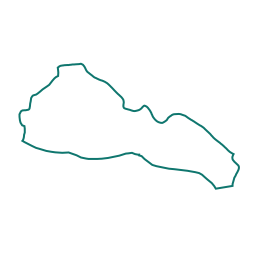 the district of Fond Dor/Dugard, Micoud, Saint Lucia, rotated 175°
{"feature_id": "8701671B74099385302774", "entity_name": "Fond Dor/Dugard", "entity_type": "district", "adm_level": 2, "iso_a3": "LCA", "parent_name": "Saint Lucia", "parent_adm1": "Micoud", "projection": "robinson", "projection_center": [-60.922, 13.811], "detail": "fine", "context": "isolated", "style": "outline", "palette": "teal", "viewbox_px": 256, "rotation_deg": 175, "n_neighbors": 0, "source": "geoboundaries", "source_scale": "gbopen_adm2", "svg_char_len": 5899}
<svg xmlns="http://www.w3.org/2000/svg" viewBox="0 0 256 256"><g transform="rotate(175 128 128)"><path d="M25.1,92.8L26.2,93.5L27.2,94.2L27.5,94.4L27.8,94.7L28.5,95.2L28.9,95.5L29.2,95.9L29.6,96.3L29.9,96.6L30.2,96.9L30.6,97.4L30.9,97.8L32.2,99.4L33.1,100.3L33.6,100.9L33.8,101.2L34.1,101.5L34.5,101.9L35.2,102.7L35.8,103.3L36.1,103.6L36.7,104.1L37.1,104.5L37.9,105.4L38.5,105.9L38.9,106.2L39.6,106.9L40.1,107.3L40.4,107.6L41.7,108.8L42.3,109.4L42.8,109.9L43.4,110.6L43.8,111.0L44.7,112.3L45.5,113.2L46.0,114.0L46.3,114.4L46.6,114.8L46.8,115.1L47.1,115.4L48.0,116.4L48.4,116.9L48.8,117.3L49.3,117.8L49.6,118.2L50.6,119.3L51.5,120.3L51.7,120.6L52.0,120.9L52.3,121.3L53.1,122.1L53.4,122.3L54.0,122.8L54.3,123.1L54.8,123.5L55.2,123.8L55.7,124.1L56.1,124.3L57.0,125.0L57.6,125.5L57.9,125.7L58.2,125.9L58.6,126.2L58.9,126.5L59.6,127.0L59.9,127.3L60.2,127.5L60.7,127.9L61.3,128.4L61.5,128.6L62.4,129.2L63.0,129.7L63.3,129.9L63.5,130.1L64.2,130.5L64.6,130.8L64.9,131.0L65.3,131.4L65.8,131.7L66.5,132.3L66.8,132.5L67.2,132.8L67.6,133.2L68.0,133.5L68.3,133.8L68.8,134.2L69.2,134.6L69.5,134.8L69.9,135.1L70.2,135.3L70.6,135.5L71.0,135.6L71.3,135.8L72.8,136.4L73.1,136.6L73.4,136.7L73.7,136.9L74.0,137.0L74.6,137.2L74.9,137.3L75.3,137.4L76.0,137.5L76.4,137.6L77.1,137.6L80.7,137.7L81.1,137.7L81.4,137.6L81.8,137.6L82.2,137.4L82.6,137.3L83.3,137.0L83.6,136.8L83.9,136.6L84.2,136.4L85.2,135.9L85.8,135.5L86.2,135.2L86.6,135.0L86.8,134.8L87.2,134.5L87.5,134.1L87.8,133.7L88.1,133.3L88.3,133.0L88.5,132.7L88.9,132.4L89.3,132.1L89.6,131.9L90.5,131.4L90.8,131.2L91.2,131.0L91.6,130.8L92.1,130.6L92.5,130.4L93.0,130.2L93.4,130.1L93.9,130.2L94.4,130.2L94.8,130.3L95.2,130.4L95.6,130.6L96.0,130.7L96.4,130.9L96.9,131.1L97.3,131.3L97.6,131.5L98.0,131.8L98.3,132.0L98.7,132.3L99.0,132.6L99.4,133.0L99.8,133.5L100.0,133.7L100.3,134.0L100.5,134.3L101.0,135.0L101.2,135.4L101.7,136.1L102.0,136.7L102.2,137.0L102.4,137.7L102.6,138.0L102.7,138.5L102.9,139.2L103.1,139.5L103.4,140.5L103.5,140.9L103.6,141.3L103.8,141.6L103.9,141.9L104.1,142.3L104.2,142.7L104.5,143.1L104.8,143.8L105.1,144.3L105.7,145.2L106.1,145.9L106.3,146.2L106.5,146.5L106.8,146.8L107.1,147.2L107.4,147.5L107.6,147.7L107.9,147.9L108.3,148.1L108.5,148.3L108.8,148.4L109.1,148.6L109.5,148.8L109.8,148.8L110.2,148.7L110.5,148.5L110.7,148.3L111.0,148.1L111.4,147.9L111.7,147.6L112.3,147.0L112.5,146.8L112.9,146.4L113.2,146.2L113.5,146.0L113.8,145.8L114.1,145.6L114.5,145.4L115.1,145.1L115.4,145.0L115.7,144.9L116.4,144.8L116.7,144.6L117.1,144.6L117.4,144.6L117.7,144.5L118.3,144.4L118.7,144.4L119.1,144.3L119.6,144.3L120.1,144.3L120.7,144.4L121.2,144.5L121.8,144.7L122.2,144.9L122.5,145.0L122.9,145.1L123.2,145.3L123.5,145.4L123.9,145.6L124.3,145.8L125.1,146.1L125.7,146.3L126.3,146.5L126.8,146.7L127.3,146.9L127.6,147.0L127.9,147.1L128.2,147.2L128.7,147.4L129.1,147.6L129.5,147.8L129.8,148.0L130.1,148.2L130.3,148.5L130.5,148.9L130.6,149.3L130.7,149.7L130.7,150.1L130.7,150.5L130.6,150.9L130.5,151.3L130.5,151.7L130.3,152.5L130.1,153.2L130.0,153.7L130.0,154.5L130.0,154.9L130.1,155.8L130.2,156.5L130.7,157.5L131.0,158.0L131.6,158.9L132.1,159.6L133.0,160.5L133.2,160.8L133.7,161.3L134.0,161.7L134.3,162.0L134.5,162.2L134.8,162.5L135.1,162.8L135.5,163.3L136.2,164.1L136.7,164.7L137.5,165.7L138.0,166.3L138.5,166.9L138.7,167.2L139.0,167.6L139.4,168.1L140.1,169.0L140.6,169.6L140.9,170.0L141.4,170.5L141.6,170.8L142.1,171.4L142.6,172.0L142.9,172.3L143.2,172.7L143.7,173.3L144.3,173.8L144.5,174.1L144.8,174.4L145.1,174.6L145.5,174.9L145.9,175.2L146.3,175.5L146.7,175.8L147.1,176.1L147.5,176.3L147.9,176.5L148.3,176.8L148.8,177.0L149.3,177.3L149.6,177.4L149.9,177.6L150.6,177.8L151.0,178.0L151.3,178.1L151.7,178.3L152.0,178.5L152.4,178.7L152.7,178.8L153.0,179.0L153.5,179.3L153.8,179.5L154.2,179.7L154.6,179.9L154.8,180.1L155.5,180.5L155.8,180.7L156.1,180.8L156.8,181.2L157.1,181.4L157.3,181.6L157.7,181.9L158.0,182.2L158.3,182.5L158.5,182.7L158.8,183.0L159.1,183.3L159.4,183.6L159.7,183.9L160.0,184.1L160.3,184.4L160.6,184.7L161.4,185.4L161.6,185.6L161.9,185.9L162.7,186.7L163.0,186.9L163.3,187.2L163.7,187.6L163.9,188.0L164.2,188.4L164.4,188.9L164.8,189.6L165.3,191.2L165.5,191.6L165.7,192.0L165.8,192.4L166.4,193.5L166.7,193.9L167.1,194.5L167.3,194.8L167.6,195.1L168.3,195.5L168.6,195.7L168.9,195.9L169.4,196.1L169.7,196.0L170.1,196.0L170.6,196.0L171.0,195.9L174.0,196.0L174.3,196.0L175.5,196.0L176.3,196.0L177.8,196.1L178.2,196.1L179.0,196.0L179.8,196.0L180.2,196.0L180.7,196.0L181.3,195.9L181.6,195.9L182.2,195.9L182.6,196.0L186.3,196.1L186.6,196.0L187.3,196.0L187.7,196.0L188.0,196.0L188.7,195.9L189.4,195.9L189.8,195.8L190.2,195.7L190.9,195.4L191.2,195.3L191.5,195.0L191.8,194.8L192.0,194.6L192.4,194.5L192.7,194.3L192.6,191.7L192.6,189.3L193.1,185.9L195.3,185.0L196.9,183.9L199.1,181.8L202.7,177.9L204.7,176.7L209.7,173.9L212.3,172.0L215.0,170.2L216.6,169.3L217.8,169.1L219.7,168.7L220.8,167.8L221.9,166.2L222.6,163.1L223.3,160.9L223.8,158.2L224.4,156.0L224.9,155.3L225.7,154.9L228.5,154.6L229.5,154.7L231.7,154.7L233.2,153.9L234.9,151.1L235.1,148.5L235.0,145.1L234.6,142.7L233.2,139.9L231.0,138.9L231.0,138.3L230.9,136.3L231.0,135.1L231.2,132.6L231.6,131.5L232.1,130.3L232.3,129.1L232.6,127.7L233.1,126.3L233.8,124.9L234.3,124.4L232.2,122.9L225.2,118.5L221.3,116.2L218.4,115.1L211.4,112.3L206.5,111.0L202.6,110.1L195.6,109.0L189.3,108.8L181.6,105.3L177.4,102.7L172.4,101.2L169.9,100.6L162.1,99.9L156.8,99.7L150.4,99.9L139.1,101.2L132.4,102.7L130.1,102.7L126.2,102.9L123.3,101.4L120.5,100.6L119.2,100.5L119.3,99.7L116.9,98.8L114.2,95.6L110.2,92.0L107.0,89.1L103.0,87.5L97.3,85.8L90.8,83.9L85.3,82.9L72.5,80.2L64.7,78.1L61.1,76.9L58.3,75.0L55.8,72.3L53.5,69.9L49.3,65.8L47.2,62.7L45.8,59.9L28.9,61.2L28.8,62.0L28.7,63.1L28.3,64.1L26.9,67.8L26.4,69.2L25.0,71.1L24.2,72.7L23.3,73.9L22.8,74.7L21.5,76.9L21.0,78.4L20.9,79.6L21.3,81.0L24.3,84.4L24.8,84.9L26.3,87.1L26.6,88.0L26.6,89.9L25.7,91.9L25.1,92.8Z" fill="none" stroke="#0f766e" stroke-width="2"/></g></svg>